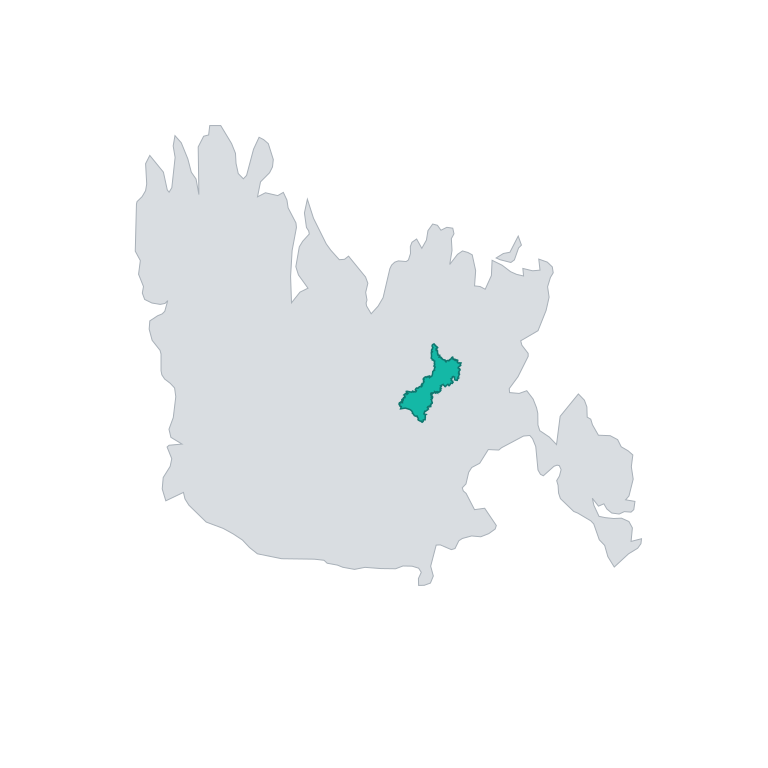 location of Roscommon Lea-6, Roscommon, Ireland, rotated 107°
{"feature_id": "5873133B51577512339475", "entity_name": "Roscommon Lea-6", "entity_type": "district", "adm_level": 2, "iso_a3": "IRL", "parent_name": "Ireland", "parent_adm1": "Roscommon", "projection": "albers", "projection_center": [-8.414, 53.724], "detail": "fine", "context": "in_parent", "style": "filled", "palette": "teal", "viewbox_px": 768, "rotation_deg": 107, "n_neighbors": 0, "source": "geoboundaries", "source_scale": "gbopen_adm2", "svg_char_len": 9615}
<svg xmlns="http://www.w3.org/2000/svg" viewBox="0 0 768 768"><g transform="rotate(107 384 384)"><path d="M470.0,132.6L456.5,142.5L454.4,146.2L450.8,161.0L450.4,165.3L442.0,181.8L437.2,185.2L430.0,187.9L425.9,190.6L420.7,189.3L414.1,189.6L410.8,192.5L411.0,194.8L413.0,197.4L425.2,204.8L424.6,208.0L421.2,211.6L399.4,220.6L392.9,225.9L390.6,229.5L393.0,235.4L410.6,253.0L413.6,254.9L416.2,265.1L431.8,269.3L438.2,275.7L443.7,277.2L455.6,276.4L460.4,278.8L463.1,276.9L464.6,273.5L477.7,260.7L473.4,251.4L486.5,235.2L490.2,235.3L496.5,240.1L501.8,246.8L503.7,255.8L508.8,263.9L512.0,266.6L520.6,268.0L522.7,271.2L521.4,283.1L522.8,287.0L544.6,286.1L553.2,280.7L560.8,281.4L564.7,286.6L566.5,292.0L560.0,294.2L553.2,293.3L550.0,297.0L550.0,303.9L552.5,312.7L557.3,318.9L561.4,333.0L564.9,348.6L569.9,358.0L571.3,369.8L570.8,375.6L572.0,386.0L570.1,389.8L571.9,399.5L581.0,430.8L583.4,455.4L579.7,464.8L574.6,473.7L571.5,484.2L569.1,495.6L568.0,513.7L556.9,535.2L552.1,540.7L546.3,544.1L559.5,558.5L549.2,565.4L538.0,567.8L525.3,564.4L517.5,565.1L507.7,573.0L505.4,571.6L500.5,559.6L497.3,572.2L490.1,576.4L477.7,575.7L457.0,579.4L449.0,583.1L445.8,588.7L443.4,595.2L440.2,599.1L436.5,601.1L420.5,606.0L417.3,608.0L410.0,618.5L400.2,624.6L392.1,626.4L384.9,620.4L381.9,616.7L378.6,614.9L367.5,615.2L371.0,617.0L373.3,621.3L374.4,629.6L373.1,637.6L367.7,641.7L361.1,642.5L350.8,650.8L337.2,653.1L329.7,660.7L284.4,673.3L281.8,673.5L275.6,670.1L268.9,668.5L262.1,669.4L243.0,676.4L233.9,674.8L245.9,656.9L261.8,648.0L263.4,645.6L258.3,644.3L228.4,650.0L218.0,655.2L207.6,656.5L212.6,648.4L226.1,637.4L237.8,630.2L242.9,623.7L257.0,616.4L211.6,631.0L199.8,628.9L197.1,624.5L187.8,626.2L184.6,615.7L198.6,600.1L206.8,593.5L216.3,590.0L225.4,584.9L228.9,578.5L224.7,576.4L197.6,577.4L184.6,575.6L185.5,570.5L188.0,564.9L201.7,555.5L209.0,554.1L215.4,555.2L226.8,561.2L242.0,559.7L235.8,553.3L234.9,540.7L230.2,536.3L236.5,530.6L243.6,527.2L255.7,515.3L259.9,513.5L283.2,510.9L308.4,504.8L333.4,496.2L320.7,491.2L314.6,484.7L304.7,497.7L297.6,502.6L277.6,505.1L271.3,503.5L262.4,499.3L259.6,500.8L257.0,503.9L243.7,510.1L229.7,511.3L246.1,499.9L266.9,480.2L271.6,474.0L278.2,463.1L276.3,458.2L272.1,455.3L287.1,432.9L292.4,428.9L301.8,428.3L308.7,424.8L311.8,424.8L314.5,423.5L320.6,416.8L311.3,412.4L301.7,410.1L272.0,412.1L268.1,411.5L264.4,409.4L262.1,406.3L260.4,398.6L258.2,396.9L251.5,396.8L244.9,399.0L240.3,398.7L235.8,395.2L243.2,387.5L234.0,385.5L224.5,386.8L216.8,384.2L216.6,379.3L220.3,374.5L215.8,369.7L214.9,363.8L219.9,361.0L225.3,362.1L236.4,358.0L250.5,356.1L238.5,351.6L233.8,347.8L233.7,342.2L234.7,337.4L248.8,329.5L263.7,326.1L262.7,320.7L263.8,314.9L248.9,313.0L234.1,316.8L235.9,305.7L239.6,295.8L240.4,289.2L239.9,282.1L232.9,285.0L232.3,275.0L229.5,268.1L219.3,272.5L219.7,263.5L222.8,257.3L228.2,254.7L233.4,256.0L243.2,256.0L252.7,251.5L266.3,250.5L288.0,252.3L302.7,265.9L306.6,263.5L312.6,255.1L315.4,254.2L337.9,258.0L351.8,262.9L355.5,261.4L353.5,252.0L348.7,245.5L354.8,237.0L362.1,231.2L367.0,228.4L378.2,224.8L383.1,221.4L386.4,210.4L391.5,201.3L363.4,206.1L336.7,195.2L340.9,187.6L346.6,183.3L356.3,180.0L357.2,176.0L362.1,172.7L370.3,164.0L367.3,152.6L368.9,144.3L374.7,138.8L376.5,131.1L379.1,125.3L390.8,123.3L402.1,117.9L419.5,117.0L424.1,119.1L422.9,109.7L431.1,108.4L434.3,110.3L435.8,116.9L439.6,121.1L440.8,128.5L438.4,134.3L434.3,138.7L438.1,143.2L432.3,151.4L438.7,147.8L447.7,139.7L447.1,133.2L445.5,125.1L442.9,117.7L443.9,109.6L449.0,104.4L462.3,101.7L456.7,92.5L461.6,91.6L466.9,93.4L474.9,100.5L491.7,110.3L483.7,119.4L473.8,125.8L470.0,132.6ZM231.2,309.3L230.7,313.6L224.3,308.0L221.2,302.1L203.3,298.9L211.0,293.2L214.6,295.1L227.2,295.6L230.7,298.2L231.2,309.3Z" fill="#d9dde1" stroke="#a8b0b8" stroke-width="1"/><path d="M342.0,347.2L344.0,346.5L344.6,346.6L345.6,346.3L345.6,346.0L346.0,345.3L346.9,344.9L346.9,344.4L346.5,343.7L347.5,342.8L347.5,342.7L347.4,342.2L348.4,342.1L348.8,341.9L349.3,342.0L349.7,341.9L350.0,341.7L349.9,341.5L350.1,341.2L352.2,341.5L352.1,340.7L352.9,340.0L353.3,340.3L354.1,340.4L354.9,340.0L356.4,340.4L356.4,340.0L357.7,341.0L360.5,340.5L362.2,340.5L363.2,341.1L363.6,341.6L363.6,342.0L364.2,342.1L364.6,342.3L364.4,342.5L364.0,343.1L363.5,342.8L363.0,342.8L363.2,343.3L364.4,344.1L364.1,344.7L364.2,344.9L364.9,345.2L365.3,345.5L365.1,345.7L365.0,346.3L365.4,346.8L365.9,347.2L365.8,347.3L366.1,347.2L366.9,347.8L367.4,347.8L367.8,348.0L368.0,347.9L368.0,347.1L369.7,347.2L369.8,347.1L369.7,346.7L370.0,346.4L370.4,346.4L372.0,347.0L372.4,347.0L372.5,347.7L372.9,347.6L373.4,347.9L373.9,348.0L373.9,347.4L375.1,347.4L375.0,347.1L375.7,347.3L375.8,347.7L375.7,348.0L375.8,348.3L375.7,348.6L376.1,348.9L376.1,349.1L376.4,349.5L377.6,349.9L377.7,350.3L378.3,350.5L378.3,351.6L378.4,351.8L378.8,351.8L379.3,352.2L380.4,352.4L380.6,352.3L380.8,352.0L380.9,351.6L380.9,351.1L381.8,351.1L382.4,351.6L382.5,352.8L382.9,353.2L383.1,353.7L382.4,354.1L382.4,354.6L383.9,355.3L383.9,356.6L383.8,357.0L384.1,357.3L384.0,357.6L384.2,358.0L384.1,358.3L384.1,358.8L384.0,359.1L384.2,359.3L384.5,360.5L384.8,360.5L385.1,360.2L386.0,358.6L386.3,358.7L386.3,358.4L387.2,359.0L386.7,359.4L386.6,360.2L386.8,360.6L387.4,360.8L387.7,361.2L388.5,361.7L388.5,361.2L389.1,360.8L389.4,360.9L389.6,360.7L389.9,360.7L390.1,360.6L390.0,360.2L390.4,360.0L391.1,360.1L391.4,361.3L392.9,361.7L393.3,362.1L393.6,362.1L393.7,362.3L394.1,362.2L393.3,361.0L393.8,360.9L394.4,361.1L394.3,361.3L394.6,361.5L394.6,361.8L395.2,362.0L395.2,361.7L395.4,361.6L395.2,361.4L395.3,361.2L395.8,361.1L396.1,361.2L396.5,360.9L396.6,361.1L395.9,361.7L396.6,362.2L396.4,362.8L397.0,363.2L397.3,363.6L397.6,363.3L397.9,363.1L398.1,363.7L398.5,363.8L398.8,363.4L399.1,363.5L399.3,363.0L399.6,363.0L399.7,362.7L400.6,362.1L400.5,360.9L402.9,360.9L400.8,356.6L400.8,353.1L400.9,351.3L401.6,349.8L402.1,349.1L402.7,348.4L403.6,348.4L404.0,347.4L405.4,345.7L405.5,344.2L405.0,343.1L405.1,342.7L406.0,342.4L406.4,341.7L407.0,341.0L408.0,341.1L408.3,340.9L408.5,340.6L408.9,338.4L408.6,337.1L408.9,336.9L409.3,336.9L409.4,336.3L408.5,335.7L408.0,335.6L406.8,335.9L406.4,335.1L406.2,334.6L406.3,334.3L406.1,334.2L405.5,334.5L404.1,334.6L403.9,334.9L402.4,335.1L402.3,335.3L401.3,335.3L400.8,334.9L400.8,335.2L401.2,335.8L401.0,336.0L400.9,336.7L400.6,336.9L400.7,337.1L398.2,337.1L398.2,336.4L396.0,334.9L396.0,334.7L395.1,334.5L394.9,334.2L394.4,334.6L393.8,335.5L393.7,335.4L393.5,335.6L393.1,335.4L392.8,335.4L392.7,335.3L392.9,335.2L392.9,334.9L392.7,334.4L392.4,334.3L392.5,334.1L392.5,333.6L392.0,333.2L391.9,332.7L391.2,332.8L390.9,333.6L389.9,333.1L389.6,333.0L389.4,333.2L388.4,332.3L388.0,332.3L387.9,332.5L387.4,332.5L387.2,332.7L387.1,333.1L386.5,333.2L386.0,333.6L385.0,333.8L384.9,334.5L383.9,334.1L383.7,333.9L383.6,333.6L382.8,333.6L382.8,334.7L381.7,334.0L381.4,334.4L381.8,334.8L381.7,335.3L381.0,335.7L380.5,335.6L380.0,336.4L379.1,336.4L378.9,336.2L379.3,335.7L379.3,335.0L378.4,335.3L378.0,334.3L378.3,334.2L378.2,334.1L377.8,333.6L377.4,333.2L376.9,333.2L376.4,333.4L376.6,332.1L377.5,332.4L377.7,331.7L376.1,331.3L376.7,330.2L376.0,330.4L375.6,330.3L375.9,329.1L374.9,328.7L375.0,328.5L374.8,328.3L373.6,327.8L373.1,328.5L371.9,328.0L371.9,328.7L372.0,328.9L371.8,329.0L371.3,329.1L369.9,328.5L369.5,328.4L369.1,328.6L369.3,328.9L369.2,329.3L367.6,327.9L367.1,327.4L367.6,327.0L367.9,325.8L368.5,325.2L368.4,325.1L368.5,324.5L367.1,323.9L365.6,322.8L366.6,321.3L365.3,320.6L363.8,320.5L363.5,318.9L362.2,318.5L361.9,319.1L361.2,319.1L361.2,320.5L360.8,320.9L360.3,320.7L359.6,320.7L359.3,321.4L358.5,320.7L357.8,320.4L357.2,320.7L356.5,320.0L356.7,319.6L356.7,318.6L357.2,318.6L359.3,317.6L359.4,317.3L359.3,315.8L359.0,315.7L359.0,315.0L358.3,315.1L357.3,314.9L356.7,314.5L356.8,315.1L356.7,315.3L355.6,315.2L354.5,314.8L353.2,315.0L352.9,314.8L352.4,315.1L352.3,314.9L351.9,315.3L352.1,315.8L351.9,315.9L351.4,316.0L351.0,315.8L351.0,316.0L350.8,316.0L350.6,315.8L350.2,315.9L350.1,316.1L348.8,315.5L348.5,315.6L348.2,315.4L347.9,315.6L348.0,315.8L347.9,316.0L347.3,316.2L347.2,316.3L347.2,316.8L347.5,317.1L347.4,317.4L347.1,317.7L346.7,317.7L346.4,317.9L345.0,317.1L344.2,316.3L343.7,316.1L343.3,316.7L341.4,316.5L341.6,317.3L341.5,317.5L341.8,318.2L342.2,318.4L342.1,319.4L342.0,319.5L342.1,319.9L341.8,320.2L341.0,320.2L340.7,320.7L339.8,320.4L339.6,320.6L339.8,321.1L340.1,321.2L340.2,321.6L340.2,321.9L340.4,322.1L340.1,322.4L340.5,322.5L340.7,322.9L340.5,323.2L340.3,323.1L340.4,323.3L340.3,323.5L339.7,323.6L339.7,324.1L340.3,324.8L340.3,325.1L339.4,325.6L339.2,325.5L338.2,326.2L338.7,326.8L340.0,327.3L340.9,327.4L341.2,328.1L341.7,328.3L342.1,328.2L342.9,328.8L342.6,329.5L343.4,330.8L343.8,331.1L344.7,331.2L344.4,331.9L344.1,332.1L343.8,332.1L343.1,332.8L343.2,333.1L343.4,333.1L343.4,333.7L343.3,334.1L343.4,334.3L343.4,334.8L343.0,335.4L343.0,335.9L342.6,336.0L342.4,336.4L342.5,336.8L342.1,336.8L342.0,337.3L341.6,337.7L341.9,338.2L342.2,339.2L341.0,339.1L340.8,339.2L340.3,339.1L340.4,340.6L340.5,340.6L340.5,340.9L340.1,340.9L339.8,341.3L339.6,341.2L339.3,341.3L339.1,341.5L339.0,341.8L337.5,342.2L337.1,342.6L336.6,342.6L336.5,343.1L336.2,343.2L336.6,343.8L336.3,344.1L335.7,344.3L335.2,344.2L334.8,344.5L334.6,344.4L334.5,344.1L334.0,343.9L333.9,343.4L333.5,343.3L332.9,344.3L332.6,345.5L332.1,345.9L332.2,346.1L332.1,346.5L331.6,346.9L331.5,347.3L330.6,347.9L331.0,347.8L331.4,348.4L332.6,349.2L333.2,349.2L334.0,348.9L334.7,348.0L335.0,347.8L335.4,348.1L336.1,348.2L336.6,347.9L337.2,348.4L337.6,348.5L338.0,348.4L338.6,347.9L339.0,347.1L339.4,347.3L339.5,348.0L340.4,347.9L342.0,347.2Z" fill="#14b8a6" stroke="#0f766e" stroke-width="1.5"/></g></svg>